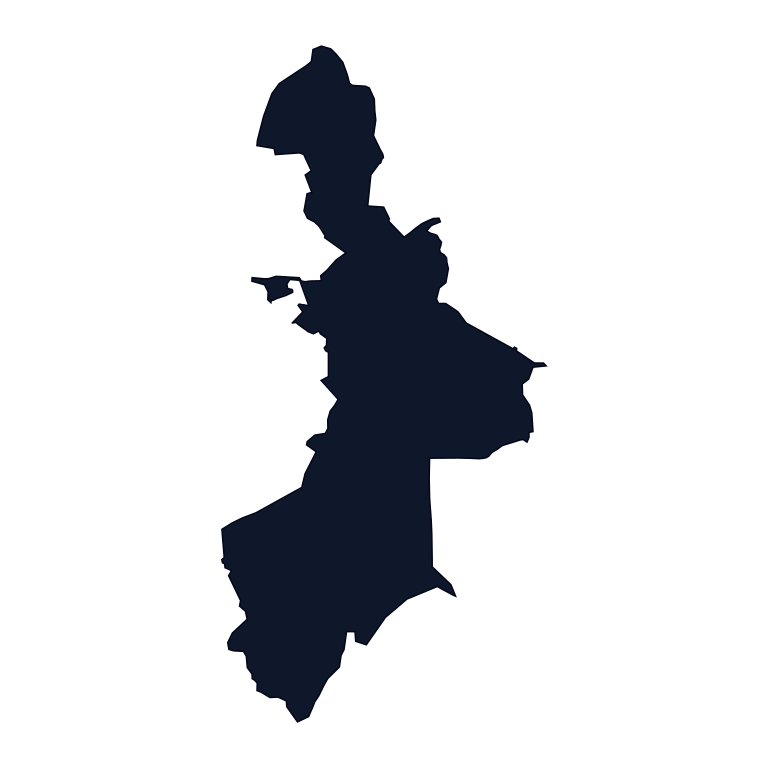 the district of Al Manaqil, Gezira, Sudan
{"feature_id": "16777658B54371162299186", "entity_name": "Al Manaqil", "entity_type": "district", "adm_level": 2, "iso_a3": "SDN", "parent_name": "Sudan", "parent_adm1": "Gezira", "projection": "orthographic", "projection_center": [32.93, 14.177], "detail": "fine", "context": "isolated", "style": "filled", "palette": "ink", "viewbox_px": 768, "rotation_deg": 0, "n_neighbors": 0, "source": "geoboundaries", "source_scale": "gbopen_adm2", "svg_char_len": 3416}
<svg xmlns="http://www.w3.org/2000/svg" viewBox="0 0 768 768"><path d="M266.6,695.5L269.9,697.5L278.0,697.1L286.3,700.9L286.8,706.8L297.5,721.9L308.6,716.6L312.4,707.9L314.8,701.8L318.8,695.8L323.5,686.2L327.6,678.7L339.4,667.0L341.1,655.3L344.0,649.7L346.6,631.6L355.0,631.7L355.7,641.3L366.3,644.8L367.1,643.7L371.8,636.9L377.9,628.2L381.2,623.4L383.1,620.7L385.4,617.4L390.1,613.4L393.3,610.7L399.3,605.6L401.8,603.5L404.3,601.3L404.9,600.8L407.0,599.0L410.8,597.5L415.3,595.6L425.8,591.3L432.0,588.7L432.4,588.5L433.9,587.9L437.3,586.5L439.8,587.9L441.3,588.7L441.5,588.9L447.9,592.3L449.6,593.2L452.0,594.6L452.8,595.0L455.6,596.2L450.9,584.7L432.2,566.8L432.2,560.1L431.8,533.7L431.2,520.0L429.6,498.2L429.2,477.8L429.6,458.2L458.4,458.0L471.1,458.3L478.6,458.7L482.7,458.4L486.2,457.7L488.8,456.2L492.0,452.4L497.1,449.4L502.2,445.6L506.1,444.4L513.2,442.2L520.5,439.9L523.3,439.6L527.0,442.1L527.9,440.0L529.0,437.4L529.0,432.4L533.0,431.6L531.8,412.9L529.5,405.1L522.6,394.9L522.2,384.1L528.7,379.1L533.0,367.2L546.2,365.9L543.5,363.0L534.4,363.0L527.5,358.4L520.8,353.8L516.5,351.0L516.7,348.4L514.5,347.2L513.0,348.8L466.2,323.0L458.0,311.8L451.4,307.3L445.6,303.5L438.5,303.5L436.5,299.1L439.3,288.0L445.9,282.6L448.4,268.7L447.0,262.8L446.5,257.7L443.9,254.6L441.7,253.5L440.3,252.2L439.5,249.4L440.8,245.6L441.5,242.2L438.8,238.8L437.8,236.6L436.8,235.3L435.0,234.5L433.5,234.1L430.7,233.3L428.7,232.2L426.7,230.9L431.4,225.5L440.4,221.8L439.0,218.2L433.2,218.5L427.7,220.9L422.0,223.6L415.5,228.3L410.5,232.5L404.1,237.2L388.9,221.4L389.2,218.4L383.7,207.1L367.7,206.0L370.9,174.9L379.0,163.8L380.6,163.0L381.4,160.7L381.9,159.2L383.4,157.6L382.9,154.4L380.4,149.9L373.5,135.7L375.8,120.0L374.8,110.9L374.3,99.0L369.3,88.0L365.4,86.2L352.6,85.4L349.5,83.3L347.9,77.1L346.9,73.7L342.8,62.3L335.8,53.8L330.8,48.9L321.4,46.1L313.0,49.5L311.3,61.6L306.1,65.8L279.3,83.5L271.9,93.7L263.6,116.2L257.4,140.4L256.9,145.6L274.1,148.5L275.3,154.6L299.3,152.9L303.7,154.4L311.2,170.7L305.2,175.0L311.8,192.4L307.1,193.7L304.0,211.0L307.5,218.3L314.6,222.0L319.1,226.3L325.0,235.7L324.7,237.7L345.9,252.9L336.1,260.0L326.6,270.6L320.7,275.6L321.3,280.8L310.6,281.0L305.1,281.7L301.4,281.0L299.3,277.7L276.1,276.3L268.9,278.6L264.5,278.8L252.1,277.6L251.9,281.2L264.6,284.8L268.1,291.8L267.8,299.7L270.9,302.7L271.3,300.4L272.8,300.4L273.3,300.2L276.8,298.5L285.4,295.7L292.7,292.3L292.6,290.2L291.8,289.4L289.5,289.0L287.4,288.0L287.2,286.5L287.2,286.3L287.2,285.8L287.2,285.4L287.2,285.2L286.8,284.3L289.8,279.5L297.8,280.2L299.8,280.6L308.6,305.3L307.6,305.5L306.6,305.3L304.6,305.0L301.4,304.5L300.2,304.3L300.1,304.2L299.5,304.1L299.2,304.1L298.1,305.3L302.8,311.9L292.3,322.9L292.4,323.0L296.1,322.5L298.8,324.9L308.2,331.7L313.4,333.8L318.7,331.0L320.5,333.9L326.7,338.3L326.5,345.2L324.2,347.9L325.6,350.7L328.4,352.3L328.4,376.6L321.1,380.4L338.1,399.3L334.7,405.3L330.2,411.1L327.7,419.9L327.9,428.4L325.4,433.4L314.8,435.1L307.2,441.6L306.6,444.9L316.2,451.8L305.1,473.6L301.8,487.4L255.7,512.9L242.7,517.8L232.2,522.9L221.9,529.3L224.2,557.6L221.8,559.6L222.4,562.6L224.7,564.0L225.0,567.7L231.5,570.6L228.6,575.7L240.6,600.6L239.5,606.1L245.4,611.2L247.2,619.2L232.4,633.0L227.7,642.7L228.9,649.4L233.6,650.8L243.5,651.4L246.3,656.2L247.3,667.6L252.0,674.0L252.2,678.7L254.8,680.4L257.2,683.0L257.0,690.6L261.0,692.1L266.6,695.5L266.6,695.5Z" fill="#0f172a" stroke="#020617" stroke-width="1.5"/></svg>